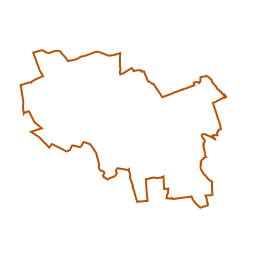 Ciocani, Vaslui, Romania (Natural Earth projection), rotated 172°
{"feature_id": "2599482B54838124288595", "entity_name": "Ciocani", "entity_type": "district", "adm_level": 2, "iso_a3": "ROU", "parent_name": "Romania", "parent_adm1": "Vaslui", "projection": "natural_earth1", "projection_center": [27.58, 46.249], "detail": "fine", "context": "isolated", "style": "outline", "palette": "amber", "viewbox_px": 256, "rotation_deg": 172, "n_neighbors": 0, "source": "geoboundaries", "source_scale": "gbopen_adm2", "svg_char_len": 5601}
<svg xmlns="http://www.w3.org/2000/svg" viewBox="0 0 256 256"><g transform="rotate(172 128 128)"><path d="M125.4,203.3L128.5,202.6L130.0,202.6L132.6,202.2L137.3,202.3L138.2,202.9L141.2,204.5L144.3,206.4L146.8,207.6L148.1,207.8L149.5,207.8L151.5,207.5L156.1,206.3L157.9,206.0L161.8,205.3L164.2,205.3L166.6,204.4L168.7,203.4L173.7,202.8L176.1,202.9L177.9,202.4L179.6,205.6L180.5,207.1L182.7,210.3L183.9,212.4L184.2,213.1L184.5,213.3L185.8,213.9L187.6,214.4L188.6,214.5L191.1,214.2L192.6,213.9L194.4,213.3L196.0,213.4L198.7,214.1L199.6,215.2L200.2,215.7L202.1,216.9L202.6,217.0L209.0,216.2L211.3,215.8L209.1,205.0L207.3,197.1L205.4,192.5L205.0,191.2L208.5,190.3L214.3,188.4L216.1,187.9L217.0,187.1L217.4,186.4L217.6,186.3L217.8,186.4L218.4,186.8L218.8,186.9L219.6,186.9L226.3,185.6L228.3,185.6L228.4,184.0L228.2,181.0L228.3,180.4L228.1,179.7L228.1,179.2L228.2,176.5L228.0,174.2L228.1,171.5L227.8,170.7L228.5,165.8L229.1,163.3L229.2,159.4L229.2,156.7L228.6,157.4L227.9,157.7L223.9,158.4L222.5,154.8L220.0,147.1L213.4,139.7L219.3,138.7L224.5,137.7L217.2,131.2L208.7,119.6L207.4,120.8L205.8,122.6L205.2,122.5L204.2,121.9L202.4,120.5L196.1,116.2L192.5,113.5L192.1,113.3L188.6,114.2L186.0,118.2L185.6,118.5L184.5,118.2L180.7,116.7L178.6,115.7L178.2,115.7L177.1,116.3L176.6,116.7L174.2,120.0L173.9,120.2L173.6,120.2L167.9,117.4L167.3,116.4L164.8,111.7L164.2,110.1L163.3,108.4L163.1,108.2L162.5,102.8L162.2,101.1L161.8,97.2L161.7,96.2L162.2,94.5L162.2,93.8L162.2,92.4L162.0,92.1L162.1,91.7L162.0,90.9L160.7,89.4L160.2,89.2L158.9,88.7L158.2,88.4L157.7,86.7L157.7,86.3L158.5,85.5L159.5,84.2L158.9,82.7L158.5,82.2L158.4,82.2L158.3,82.3L158.3,82.5L158.2,82.5L157.6,82.0L155.7,79.9L155.4,79.9L153.1,80.8L147.9,82.0L147.0,82.7L146.4,83.5L145.5,84.5L145.4,84.8L145.4,85.1L145.5,85.7L146.0,86.7L145.9,87.4L145.2,88.4L144.1,89.5L143.9,89.6L137.8,87.7L135.9,87.2L134.1,86.5L133.8,86.5L133.4,86.6L132.9,87.0L133.0,85.1L132.9,84.4L132.4,82.2L132.4,81.5L132.4,80.2L132.7,79.7L133.1,78.6L133.0,77.9L132.8,77.0L132.5,76.3L132.4,75.9L132.2,75.4L132.2,74.9L132.0,74.2L132.1,73.8L131.6,72.5L131.5,72.1L131.5,71.7L131.2,70.8L131.4,70.7L131.5,70.0L131.6,69.8L131.3,67.6L131.5,67.4L131.1,66.5L130.6,64.5L130.6,63.5L130.4,61.4L130.3,60.7L129.9,58.7L129.8,57.0L129.3,54.8L129.3,54.3L129.0,53.4L128.5,53.7L127.5,53.8L124.5,53.3L121.2,53.3L118.8,53.1L118.6,57.7L118.2,65.3L117.3,74.9L116.6,74.9L115.5,74.7L115.1,75.0L114.5,74.9L113.9,75.1L113.7,75.0L112.8,75.0L112.4,75.1L112.0,75.3L111.6,75.2L111.3,75.3L109.9,75.3L109.3,75.4L109.0,75.4L107.6,74.6L106.5,74.4L105.8,74.3L105.4,74.5L103.8,74.3L102.9,74.4L102.6,74.2L102.3,74.2L101.5,74.6L101.1,74.6L99.7,75.1L99.8,72.6L100.3,67.9L100.7,62.5L99.0,62.5L97.2,62.3L96.5,62.3L96.8,61.5L97.2,59.3L97.6,57.8L97.7,57.4L98.5,56.7L99.6,53.1L94.4,51.9L94.3,52.3L94.0,51.9L93.0,51.7L92.8,51.4L74.6,51.3L74.1,49.1L73.3,47.3L71.9,44.6L68.1,39.7L67.4,39.0L63.7,39.7L62.2,39.7L60.6,40.2L59.7,40.3L59.5,41.0L59.5,42.0L59.6,42.7L59.9,42.7L59.9,44.0L59.9,45.7L59.9,46.9L60.2,48.3L60.7,50.2L57.6,50.1L56.3,49.9L55.6,50.0L55.0,50.3L53.7,50.1L53.2,56.4L52.3,63.2L53.3,63.9L55.1,65.6L58.1,70.2L59.7,72.3L60.1,73.9L60.7,74.8L61.1,75.7L61.5,77.3L61.7,78.2L61.7,79.2L61.6,79.7L61.1,80.7L61.0,81.5L60.9,82.0L61.0,82.5L60.6,83.2L60.7,83.5L60.6,84.3L60.7,84.5L59.6,85.5L59.1,86.3L57.5,87.0L57.4,87.4L57.2,87.6L56.4,88.2L55.0,88.3L55.3,88.7L55.2,89.3L55.2,90.1L55.3,90.5L55.5,96.4L55.8,96.8L55.8,97.5L55.7,99.0L55.9,99.9L55.4,100.6L55.4,101.2L55.0,101.2L54.9,101.5L55.3,102.3L55.1,102.9L54.6,103.2L53.9,103.9L53.8,104.1L53.7,104.7L54.0,106.1L54.5,106.5L55.1,107.4L55.3,107.8L55.8,109.0L56.0,110.1L55.9,110.7L55.9,110.9L55.4,111.2L54.2,111.3L52.9,111.3L46.3,107.1L45.0,106.2L42.9,104.0L43.2,104.8L45.3,107.8L45.7,108.4L45.7,108.6L45.4,108.9L43.1,108.9L42.0,108.8L41.4,108.6L40.8,108.2L40.3,108.4L40.5,109.1L40.5,110.5L40.4,111.2L39.1,111.9L39.0,112.2L39.0,113.4L38.8,113.6L36.9,113.6L36.2,113.9L36.1,114.1L36.2,114.7L36.5,115.5L36.4,116.6L36.2,116.9L36.1,117.0L36.6,119.7L40.4,141.1L38.2,141.5L31.5,143.9L28.9,144.7L28.5,144.4L27.3,144.8L27.5,145.0L27.6,145.3L27.2,145.4L27.2,145.7L26.8,145.8L27.1,146.2L27.7,146.4L28.5,146.7L28.5,146.8L28.4,147.0L27.8,147.3L28.3,147.9L28.5,148.2L29.0,148.2L29.8,148.6L30.1,149.0L30.3,150.1L30.9,150.5L31.0,150.7L30.9,150.9L31.6,151.4L31.7,151.6L32.2,151.9L32.8,153.2L33.8,153.9L34.4,154.8L34.9,156.4L34.9,156.7L35.1,157.1L35.4,157.2L36.5,158.8L38.0,161.1L38.5,163.0L38.5,163.8L38.8,164.4L40.2,165.8L40.6,166.8L41.1,167.3L41.8,167.6L42.5,168.4L42.9,168.6L44.9,168.4L48.8,168.3L49.4,168.3L49.6,168.5L49.3,167.6L49.3,166.6L49.8,164.5L50.2,163.7L50.3,163.4L51.2,162.8L51.2,163.2L52.7,163.8L54.7,163.9L56.5,163.7L56.7,163.2L56.7,162.0L56.5,161.7L56.4,161.0L57.0,161.0L57.9,160.8L62.7,159.7L63.0,159.5L63.9,159.3L65.8,159.0L66.9,159.0L67.8,158.7L68.5,158.7L68.5,158.4L69.0,158.3L70.5,158.2L71.9,157.9L72.2,157.7L73.4,157.5L75.0,157.0L75.4,157.1L77.4,156.7L78.5,156.1L80.1,156.0L81.1,155.6L82.3,155.3L83.7,155.1L89.6,153.7L90.0,154.2L90.0,154.5L90.5,155.4L91.3,157.4L92.4,159.4L93.5,161.6L94.5,163.5L96.5,168.0L96.8,168.0L97.2,168.1L97.4,168.4L97.8,168.7L98.1,168.7L98.9,169.5L99.3,170.0L99.6,170.1L100.6,171.0L101.5,171.2L101.7,171.5L102.0,173.0L102.3,173.5L103.1,177.4L103.7,178.9L104.2,181.7L105.1,181.8L105.4,182.2L106.8,181.9L107.3,183.4L107.6,183.6L107.9,183.7L108.5,183.7L109.4,183.6L110.6,183.8L113.0,183.8L114.4,183.5L115.8,186.8L116.6,186.6L117.9,185.9L119.0,185.6L124.8,182.9L127.3,182.3L128.2,182.2L128.3,183.5L128.1,185.3L127.5,185.9L127.2,189.1L127.2,189.5L127.4,190.0L127.3,190.9L126.3,197.9L125.6,201.7L125.4,203.3Z" fill="none" stroke="#b45309" stroke-width="2"/></g></svg>